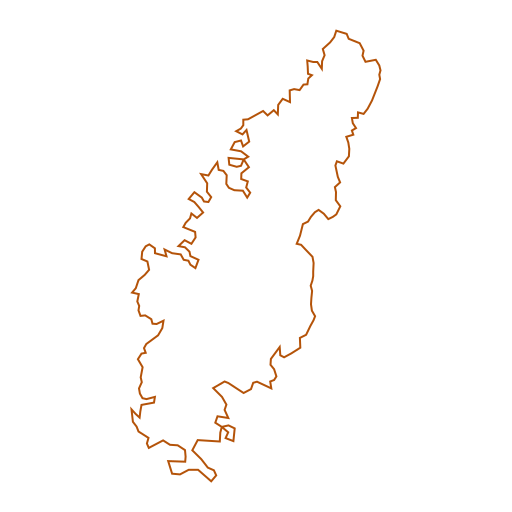 Victor Graeff, Rio Grande do Sul, Brazil (Mercator projection)
{"feature_id": "56859067B40903979142866", "entity_name": "Victor Graeff", "entity_type": "district", "adm_level": 2, "iso_a3": "BRA", "parent_name": "Brazil", "parent_adm1": "Rio Grande do Sul", "projection": "mercator", "projection_center": [-52.689, -28.548], "detail": "fine", "context": "isolated", "style": "outline", "palette": "amber", "viewbox_px": 512, "rotation_deg": 0, "n_neighbors": 0, "source": "geoboundaries", "source_scale": "gbopen_adm2", "svg_char_len": 3275}
<svg xmlns="http://www.w3.org/2000/svg" viewBox="0 0 512 512"><path d="M330.1,42.4L322.8,49.0L324.6,55.2L322.1,61.2L321.8,68.8L317.3,62.0L313.2,62.0L307.2,60.5L307.7,66.6L308.0,73.8L311.9,75.2L308.3,78.5L307.4,84.3L303.5,84.6L299.6,90.1L294.1,89.1L289.7,90.4L290.0,102.1L282.7,98.8L278.2,104.9L277.8,114.4L273.8,110.2L267.6,115.4L263.1,111.0L248.0,119.3L243.3,119.7L243.3,125.2L240.8,128.6L236.2,131.2L242.5,134.4L246.5,130.0L249.2,141.6L243.1,146.4L241.0,140.5L234.7,142.1L230.8,149.4L241.1,151.3L248.2,156.7L243.7,159.4L248.9,167.2L241.4,173.3L241.2,179.0L247.8,181.4L246.2,187.5L250.2,192.7L247.2,197.6L242.9,190.7L234.3,190.2L228.9,187.8L226.3,183.9L226.7,175.2L223.4,170.9L218.7,169.9L217.3,162.3L212.0,169.7L208.4,175.5L201.1,174.1L207.2,183.3L206.9,191.7L211.2,197.1L208.4,202.0L204.0,201.5L201.8,197.6L194.4,192.2L188.7,199.0L194.3,202.0L198.5,206.8L203.1,212.5L197.0,217.9L191.4,213.5L190.0,218.4L185.7,222.8L183.3,227.1L195.1,231.9L195.6,237.4L191.4,243.8L184.6,240.2L178.5,246.1L185.0,247.3L189.5,251.7L190.4,256.1L198.5,259.8L195.4,268.1L190.4,264.7L188.4,260.7L183.7,259.8L180.7,254.4L172.1,253.2L164.6,249.5L166.5,256.3L155.0,253.2L154.9,248.3L149.3,244.4L145.7,246.3L142.2,251.7L141.5,259.0L147.4,261.5L149.1,269.8L144.7,274.9L138.5,280.1L135.8,288.2L132.1,292.6L138.8,294.1L137.3,301.5L139.2,305.9L138.5,310.4L140.5,315.9L145.2,315.4L151.3,319.2L152.5,323.7L156.6,324.0L163.5,320.7L162.3,328.1L158.1,335.3L146.3,344.0L144.0,348.1L145.7,352.8L141.5,353.6L137.9,359.2L142.6,367.2L140.7,377.4L141.8,382.2L139.0,388.4L139.9,393.6L142.5,398.2L146.5,399.1L154.9,396.9L154.0,402.6L141.5,404.9L140.3,411.6L139.6,417.6L135.6,413.9L131.5,409.4L132.9,421.8L136.6,426.6L138.5,431.5L148.5,437.9L146.9,443.5L148.8,447.9L163.1,440.4L170.0,444.8L177.7,445.3L185.0,450.1L185.6,456.7L185.2,461.7L168.2,461.1L172.1,473.7L180.0,474.4L188.7,469.8L198.1,469.8L211.2,481.3L216.2,475.4L213.9,470.3L207.8,467.6L201.3,459.2L192.3,450.3L197.7,440.1L219.8,441.5L220.3,432.6L221.8,426.9L215.3,422.7L217.5,416.3L228.3,418.0L224.6,409.9L226.4,404.6L222.0,396.9L213.2,388.1L224.6,381.5L228.3,383.0L243.6,393.0L251.0,389.1L253.2,382.8L257.0,381.7L271.3,388.4L270.2,381.5L274.1,380.0L276.4,376.4L274.1,369.2L270.5,364.8L270.9,358.9L279.7,347.0L280.3,355.3L284.1,357.3L291.3,353.4L300.3,347.7L299.9,337.9L306.1,334.8L310.4,325.9L313.5,320.3L315.1,316.2L311.9,310.7L311.0,304.3L311.4,297.9L312.1,290.9L310.7,285.7L312.4,280.6L313.2,276.2L313.2,271.5L313.6,263.0L312.5,256.8L305.5,249.5L301.1,244.8L296.7,243.8L300.0,235.7L302.9,224.1L308.0,221.6L310.9,216.9L314.9,212.2L318.6,209.9L323.8,213.7L328.3,219.1L332.8,216.9L336.3,214.4L340.3,206.3L335.8,200.2L336.0,192.1L334.9,187.1L340.1,182.4L337.8,176.8L335.4,165.5L336.9,161.3L343.4,163.6L348.9,156.3L349.3,148.8L348.3,142.5L346.3,136.8L353.3,134.7L351.9,130.5L356.0,128.1L352.8,123.2L351.9,118.0L357.8,117.8L358.0,112.4L363.6,113.9L367.6,108.8L372.0,100.5L375.4,91.9L377.6,86.3L380.1,79.1L379.3,74.7L380.5,70.4L379.3,65.5L375.8,59.8L365.5,61.8L362.5,55.7L363.6,50.7L359.7,43.2L348.7,38.8L346.7,33.9L336.3,30.7L334.2,37.1L330.1,42.4ZM221.8,426.9L228.2,432.3L225.6,438.1L233.4,441.1L234.7,428.4L228.5,425.4L221.8,426.9ZM243.7,159.4L228.6,157.9L229.3,164.7L236.7,166.8L241.0,165.8L243.7,159.4Z" fill="none" stroke="#b45309" stroke-width="2"/></svg>